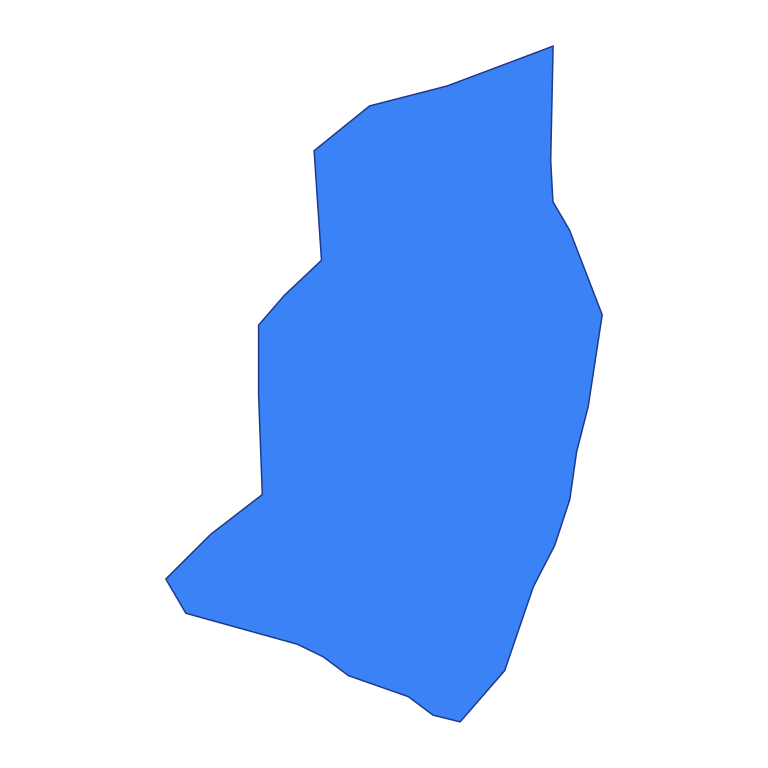 the District of Bukedea
{"feature_id": "UGA-5591", "entity_name": "Bukedea", "entity_type": "District", "adm_level": 1, "iso_a3": "UGA", "parent_name": "Uganda", "parent_adm1": "", "projection": "equal_earth", "projection_center": [34.118, 1.359], "detail": "fine", "context": "isolated", "style": "filled", "palette": "blue", "viewbox_px": 768, "rotation_deg": 0, "n_neighbors": 0, "source": "natural_earth", "source_scale": "10m", "svg_char_len": 478}
<svg xmlns="http://www.w3.org/2000/svg" viewBox="0 0 768 768"><path d="M408.4,696.7L348.5,675.7L323.2,656.8L297.2,644.2L185.9,613.3L165.8,579.0L210.6,534.4L262.3,494.5L258.6,394.9L258.6,325.1L284.5,295.2L321.5,260.3L314.1,150.7L369.6,105.9L447.3,85.9L553.1,46.1L550.7,160.5L552.9,201.6L569.6,230.3L602.2,314.8L588.2,406.5L576.6,451.9L569.8,499.5L554.8,545.2L533.3,586.9L504.7,670.6L460.1,721.9L433.1,715.2L408.4,696.7Z" fill="#3b82f6" stroke="#1e3a8a" stroke-width="1.5"/></svg>